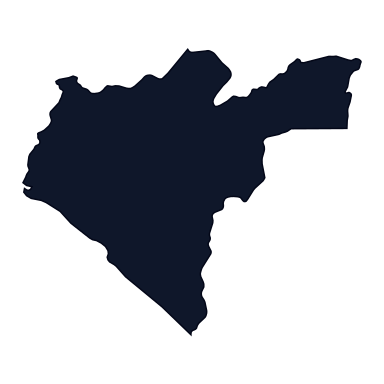 the County of Grand Bassa
{"feature_id": "LBR-785", "entity_name": "Grand Bassa", "entity_type": "County", "adm_level": 1, "iso_a3": "LBR", "parent_name": "Liberia", "parent_adm1": "", "projection": "albers", "projection_center": [-9.727, 6.117], "detail": "fine", "context": "isolated", "style": "filled", "palette": "ink", "viewbox_px": 384, "rotation_deg": 0, "n_neighbors": 0, "source": "natural_earth", "source_scale": "10m", "svg_char_len": 4404}
<svg xmlns="http://www.w3.org/2000/svg" viewBox="0 0 384 384"><path d="M190.9,334.7L162.1,306.9L125.6,276.8L116.2,266.2L114.2,264.6L109.6,261.9L108.0,259.9L107.2,257.2L108.4,253.8L108.0,250.6L105.5,246.5L101.3,243.1L96.6,240.6L92.6,239.7L89.8,238.1L71.0,223.3L60.2,211.4L46.1,202.5L41.3,200.4L31.2,198.4L26.6,195.7L23.8,192.2L24.5,188.5L26.9,190.1L29.0,190.3L30.7,189.2L31.9,186.7L26.6,185.5L23.0,182.7L23.2,182.3L25.8,177.1L26.2,175.8L27.0,174.0L28.9,171.3L29.3,169.9L29.0,168.7L28.0,166.1L27.9,164.6L28.9,156.7L29.4,155.4L29.9,154.2L33.9,149.3L35.2,146.5L36.1,145.7L37.6,145.1L39.0,144.4L39.9,142.8L39.9,141.2L39.5,139.9L38.6,139.0L38.0,138.0L37.9,136.9L38.0,135.7L37.8,134.6L37.8,133.5L38.8,132.8L41.4,131.8L44.3,130.2L48.9,126.0L50.6,123.4L51.5,121.2L51.4,119.6L50.2,115.6L50.0,114.1L50.2,112.7L50.8,111.5L59.0,102.7L60.2,99.7L61.4,97.4L62.2,94.6L63.2,92.2L63.2,91.0L62.5,90.1L60.2,88.8L59.6,87.7L59.2,85.2L58.3,84.5L57.3,84.2L56.5,83.5L55.9,81.5L57.1,80.7L59.3,79.5L68.9,77.7L73.1,76.1L76.0,77.1L77.0,77.6L77.2,78.1L77.1,78.8L76.8,79.6L76.5,80.6L76.6,81.7L77.1,82.8L77.9,83.6L79.8,84.8L80.5,85.4L80.9,86.1L81.3,86.7L81.8,87.4L82.5,87.9L86.5,89.2L87.5,89.8L88.3,90.5L89.9,92.3L90.8,93.1L92.3,93.5L94.4,93.6L98.2,93.1L100.3,92.4L102.5,90.7L103.7,89.6L104.7,88.2L106.9,86.1L107.7,85.8L112.0,86.5L115.3,85.8L119.1,86.0L126.4,88.2L128.5,88.5L130.6,88.5L132.4,87.7L134.9,86.1L141.9,79.8L144.4,77.0L145.7,76.0L147.1,75.4L149.4,75.1L150.8,75.2L152.1,75.6L157.3,78.3L158.2,78.7L159.2,79.0L160.2,79.0L161.2,79.0L162.2,78.8L167.9,73.3L187.7,49.3L189.0,51.2L189.8,51.8L190.9,52.3L192.8,52.4L205.9,51.0L206.9,50.8L208.1,50.7L209.7,51.0L212.3,52.2L213.8,53.2L215.0,54.4L221.9,62.8L228.2,68.4L229.4,70.0L230.5,71.8L230.9,73.2L231.0,74.2L231.0,75.2L230.8,76.1L230.4,77.1L229.9,78.1L226.7,82.0L223.0,85.6L216.3,94.1L213.8,98.3L213.4,99.3L213.1,100.4L212.9,101.5L213.0,102.4L213.2,103.4L213.6,104.4L214.2,105.4L215.0,106.4L217.2,106.4L220.3,105.3L227.5,101.1L232.4,96.8L233.6,96.2L235.8,96.5L238.8,97.6L240.2,97.6L242.5,97.3L243.6,97.3L246.1,97.6L247.4,97.2L248.3,96.5L249.8,94.8L251.5,92.3L251.8,90.9L252.3,89.8L253.3,89.2L255.0,89.3L256.4,89.5L257.8,89.4L258.9,88.2L260.2,87.4L261.7,86.9L264.1,87.3L265.5,87.7L266.7,87.6L268.4,84.3L269.8,82.2L273.8,79.4L278.9,74.4L280.2,73.9L282.5,74.0L284.4,73.6L286.2,72.0L287.3,70.7L287.9,69.1L288.2,67.6L288.8,66.1L290.0,64.8L294.0,62.0L295.7,60.5L296.5,59.5L297.6,59.0L299.5,59.8L300.3,61.1L300.7,62.5L303.8,62.8L328.9,56.4L333.2,56.5L336.2,56.2L348.2,60.0L351.3,60.6L352.8,60.0L353.4,59.6L355.7,58.7L357.6,59.0L358.8,59.4L360.4,60.6L360.9,61.3L361.0,62.0L360.3,63.9L359.7,66.1L359.7,66.6L359.5,67.1L358.9,68.5L358.5,69.0L358.0,69.4L354.4,70.7L353.7,71.1L353.3,71.4L350.4,75.0L350.0,75.8L349.1,78.2L347.8,85.7L347.5,87.1L345.2,91.5L345.1,92.1L345.2,92.7L345.5,92.9L346.0,93.1L346.5,93.1L347.1,93.0L348.6,92.5L349.1,92.5L349.9,92.9L350.9,93.7L351.3,94.7L351.3,95.6L350.0,102.0L348.0,107.8L347.7,109.3L347.6,111.0L347.9,115.3L347.9,116.4L347.2,120.5L346.9,128.4L291.1,128.7L287.4,131.2L285.4,132.0L281.5,133.1L279.5,134.1L278.2,134.5L267.6,136.8L266.5,137.3L265.5,138.0L264.2,139.1L263.6,140.1L263.0,141.0L262.9,141.9L262.9,142.8L263.2,143.8L263.9,145.6L264.2,146.5L264.3,147.4L264.4,149.3L264.1,151.1L262.2,157.8L262.0,159.8L262.1,163.8L264.8,177.7L264.2,178.9L263.1,180.7L254.9,188.2L253.4,190.0L247.6,199.3L246.1,201.2L245.0,201.6L244.0,201.5L243.1,200.8L242.4,200.0L241.1,198.2L240.3,197.5L239.3,197.1L237.5,196.7L233.7,196.4L230.6,196.5L227.8,197.1L226.2,197.8L224.9,198.8L224.3,200.0L223.7,201.0L223.4,202.2L223.2,203.2L223.4,205.5L223.3,206.9L222.6,208.6L221.7,209.5L215.0,212.2L213.4,213.3L212.5,214.5L212.2,215.5L212.1,216.6L212.5,218.5L212.7,219.5L212.9,220.4L212.8,222.1L212.7,223.0L209.5,233.2L209.4,234.2L209.4,235.2L210.2,237.9L210.2,239.0L209.9,240.1L208.5,242.5L208.2,243.5L208.1,244.4L208.6,246.3L211.0,251.1L211.1,252.0L211.0,253.0L210.7,253.9L202.1,267.6L201.3,269.6L200.4,272.9L200.3,273.9L200.4,274.9L200.8,276.8L203.1,281.8L203.7,283.7L203.8,284.6L203.8,286.3L203.8,287.0L203.5,287.6L201.9,290.9L201.5,292.0L201.3,293.0L201.3,294.1L201.4,295.2L201.7,296.3L202.2,297.3L204.0,300.1L204.9,302.2L206.6,310.4L206.7,311.6L206.6,313.2L205.9,315.8L205.0,317.3L198.9,323.1L197.7,324.8L197.0,326.4L196.5,328.1L195.6,329.1L194.3,329.8L192.7,330.4L191.6,331.4L191.1,332.3L191.0,333.3L190.9,334.6L190.9,334.7Z" fill="#0f172a" stroke="#020617" stroke-width="1.5"/></svg>